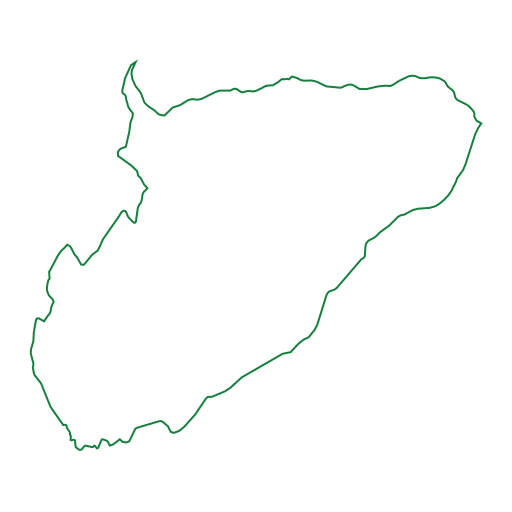 the border of Casanare
{"feature_id": "COL-1422", "entity_name": "Casanare", "entity_type": "Intendancy", "adm_level": 1, "iso_a3": "COL", "parent_name": "Colombia", "parent_adm1": "", "projection": "equal_earth", "projection_center": [-71.807, 5.325], "detail": "fine", "context": "isolated", "style": "outline", "palette": "green", "viewbox_px": 512, "rotation_deg": 0, "n_neighbors": 0, "source": "natural_earth", "source_scale": "10m", "svg_char_len": 3542}
<svg xmlns="http://www.w3.org/2000/svg" viewBox="0 0 512 512"><path d="M135.6,62.1L132.1,69.8L131.6,72.2L131.5,74.0L132.3,78.8L135.4,85.8L140.9,93.1L144.3,102.3L146.3,104.5L148.7,106.6L154.3,110.3L158.8,114.4L162.3,115.3L164.6,115.4L172.6,107.6L180.1,105.1L188.2,100.1L191.1,99.3L194.0,99.2L196.4,99.7L200.9,99.2L216.0,91.8L219.7,90.6L230.3,90.6L233.4,89.0L235.5,88.7L236.9,89.2L240.7,91.8L242.7,92.4L247.0,91.1L249.4,90.9L252.5,91.5L256.1,90.8L261.5,88.3L263.5,87.1L265.8,86.0L268.5,85.5L272.7,85.3L277.8,82.4L281.2,79.6L282.8,79.0L284.4,79.4L286.6,78.8L289.0,79.3L291.8,76.6L296.5,77.8L300.9,80.1L304.2,80.7L311.8,80.5L316.4,81.6L326.5,86.4L339.9,87.7L341.4,87.6L344.6,86.0L347.5,85.0L350.4,84.5L352.8,85.0L358.4,88.2L359.1,88.9L366.9,89.0L377.7,86.5L385.0,85.7L390.2,86.0L393.2,84.7L399.0,80.9L408.7,76.3L412.3,75.7L415.1,76.0L419.5,77.9L421.7,78.2L425.4,78.2L429.4,77.4L434.3,77.3L437.8,77.9L439.9,78.5L444.5,81.2L445.6,82.6L447.3,85.8L448.4,87.0L452.6,90.4L453.7,91.7L454.4,93.7L454.8,95.8L455.6,98.0L457.4,100.0L466.8,104.7L469.5,106.7L472.7,110.3L473.9,112.0L474.3,113.7L474.4,117.0L476.7,120.8L481.3,123.4L478.4,127.6L475.3,133.9L465.4,164.6L463.0,170.1L457.1,178.2L456.3,181.0L451.5,190.8L448.3,195.4L443.9,200.0L439.2,203.9L435.2,206.3L429.4,207.9L418.3,208.7L413.1,209.9L404.3,214.6L401.1,215.2L398.2,216.6L389.2,225.6L379.8,232.4L377.0,235.4L374.4,237.5L368.3,240.8L366.0,243.7L365.4,247.1L364.8,256.2L363.6,258.0L361.4,259.2L336.7,288.0L334.2,289.7L328.7,291.7L326.5,295.0L317.2,325.0L314.2,330.5L312.5,332.5L308.7,337.2L306.9,338.2L305.1,338.8L302.7,340.3L298.8,343.4L292.0,350.6L290.8,352.1L282.5,353.8L241.7,377.4L230.7,387.5L224.8,391.4L212.2,396.7L210.4,396.9L208.9,396.8L207.4,397.1L206.0,398.5L195.1,414.6L184.4,426.6L179.0,431.0L173.7,432.9L170.8,431.8L169.3,429.1L168.1,426.4L162.7,421.8L161.2,421.1L159.6,421.1L137.2,427.7L135.3,428.8L129.2,441.4L126.0,442.5L122.5,441.8L119.8,439.3L113.2,444.4L109.8,445.6L108.3,442.5L107.6,441.3L105.7,440.3L103.7,439.6L102.1,439.3L101.3,440.4L98.2,447.8L97.1,448.4L96.2,447.6L95.4,446.4L94.4,445.7L94.0,446.0L93.6,446.5L93.0,447.0L92.0,447.1L86.6,445.8L85.2,445.7L84.1,446.4L82.2,448.8L81.4,449.6L79.9,449.9L78.8,449.5L75.7,447.1L75.1,441.9L74.9,440.4L73.9,439.7L72.7,439.9L71.6,440.3L70.6,440.0L70.6,438.8L70.8,437.7L70.9,436.2L70.0,434.5L70.0,433.2L69.5,431.7L67.1,428.1L66.6,426.6L66.6,425.7L66.0,425.0L65.3,424.8L63.2,425.0L50.6,407.0L41.1,383.5L34.6,375.1L33.8,373.0L32.9,367.4L33.5,364.0L30.7,353.0L31.0,349.4L33.4,341.0L33.8,332.5L36.0,320.1L36.8,318.6L38.8,318.3L44.1,321.3L47.4,316.4L49.8,313.4L50.6,311.3L51.4,306.9L53.6,301.6L52.5,299.2L49.0,295.5L47.6,292.3L46.9,289.6L47.0,287.0L47.7,282.8L48.1,281.1L48.5,280.0L49.6,278.5L49.1,271.8L50.2,270.1L58.0,255.4L60.4,251.9L62.5,249.5L64.1,248.2L67.3,244.7L70.1,246.4L71.2,248.0L74.6,254.6L77.2,257.5L81.1,264.5L83.9,264.8L92.0,254.9L97.9,250.4L99.9,246.3L102.9,239.4L118.4,217.1L121.7,211.9L123.3,210.9L124.8,210.7L125.8,211.7L126.6,213.2L127.9,216.4L128.8,217.7L131.9,220.9L133.7,222.5L134.9,222.8L135.9,221.7L137.7,208.7L138.2,206.9L139.1,204.8L140.9,202.7L141.5,200.6L142.1,198.0L142.5,194.6L143.3,192.7L144.3,191.2L145.3,190.7L147.4,188.2L144.1,184.5L140.9,178.4L138.1,175.5L137.1,171.1L131.4,165.6L118.0,155.9L117.9,152.1L118.8,150.6L120.2,149.1L122.4,147.9L125.6,147.1L126.1,145.6L129.3,131.7L130.5,122.2L132.5,117.1L132.9,113.5L128.7,107.8L127.8,105.4L127.3,102.9L126.4,100.4L125.6,95.9L124.8,94.7L122.6,93.1L122.3,91.8L122.4,89.9L125.2,77.9L131.0,65.2L135.6,62.1Z" fill="none" stroke="#15803d" stroke-width="2"/></svg>